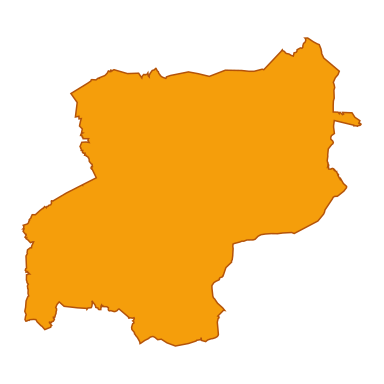 Zitácuaro, Michoacán, Mexico
{"feature_id": "50627088B99906362708440", "entity_name": "Zitácuaro", "entity_type": "district", "adm_level": 2, "iso_a3": "MEX", "parent_name": "Mexico", "parent_adm1": "Michoacán", "projection": "robinson", "projection_center": [-100.356, 19.436], "detail": "fine", "context": "isolated", "style": "filled", "palette": "amber", "viewbox_px": 384, "rotation_deg": 0, "n_neighbors": 0, "source": "geoboundaries", "source_scale": "gbopen_adm2", "svg_char_len": 5833}
<svg xmlns="http://www.w3.org/2000/svg" viewBox="0 0 384 384"><path d="M294.2,233.5L317.9,221.0L323.6,214.1L324.5,212.1L325.0,209.9L332.5,198.7L333.1,197.4L334.6,196.4L337.2,196.3L338.3,195.6L343.9,191.1L346.5,187.7L346.6,186.4L343.4,183.5L340.5,178.5L340.7,179.9L340.2,179.6L340.1,178.3L340.4,178.3L340.3,178.1L339.4,178.1L337.9,175.2L338.5,174.8L338.3,174.3L337.7,174.1L336.6,172.0L336.6,171.6L336.3,171.7L336.0,171.5L334.8,170.2L334.6,170.5L334.0,169.9L334.3,169.5L333.6,169.1L333.6,168.8L332.6,168.4L331.3,168.7L331.2,169.0L330.4,169.2L328.7,169.0L328.4,168.1L328.6,167.8L328.4,167.6L328.5,166.1L329.0,165.2L327.9,166.2L328.3,164.8L329.1,164.3L328.0,164.7L328.0,162.9L327.7,162.8L327.2,160.6L327.8,156.4L327.7,154.8L328.3,148.9L331.6,144.7L332.9,143.7L333.3,142.4L332.7,141.0L330.8,139.2L330.8,137.1L331.5,135.6L334.4,133.5L333.6,127.3L333.6,125.5L334.3,120.5L353.8,125.2L353.8,125.8L356.1,125.8L357.5,126.2L357.7,125.8L360.1,125.3L361.0,124.4L360.8,123.8L360.4,123.5L359.5,123.2L359.3,123.6L358.8,123.2L359.9,120.7L354.9,117.3L352.0,112.8L342.7,112.4L343.6,114.1L342.6,114.7L340.0,112.3L339.4,112.8L339.2,113.6L338.1,112.2L333.2,112.0L333.2,105.5L333.4,100.9L334.2,98.2L333.9,90.1L334.7,87.6L334.1,84.6L333.3,82.3L335.3,77.8L338.0,74.6L339.3,71.2L323.8,58.1L321.6,53.5L321.6,52.1L320.9,48.8L319.2,44.6L317.1,43.8L313.4,41.8L307.7,38.0L305.0,38.1L305.4,38.5L305.8,40.2L305.2,41.9L304.6,42.7L303.6,43.3L302.9,45.6L302.8,47.3L302.4,47.8L301.8,48.3L300.9,47.9L300.1,48.1L297.1,49.7L296.9,51.3L296.2,52.3L294.1,52.8L293.3,56.1L291.2,55.4L289.0,54.0L286.5,53.5L285.4,52.8L284.5,51.5L282.7,50.7L282.3,49.8L281.0,51.5L263.8,69.7L262.2,69.2L254.1,71.3L249.0,71.3L241.6,70.5L225.3,70.2L209.3,76.4L198.2,73.7L188.4,71.9L170.4,75.5L166.4,76.9L166.2,77.9L165.8,78.4L162.4,77.2L160.3,75.6L160.0,74.8L158.8,73.4L158.3,71.7L157.4,71.0L156.0,68.4L155.6,68.4L154.4,69.8L152.2,70.5L150.0,73.6L149.1,75.8L149.2,76.9L148.3,76.0L147.9,72.9L147.0,74.4L145.7,74.5L145.1,74.9L144.0,74.4L143.7,74.5L142.1,76.4L141.8,77.9L138.6,73.2L127.5,73.6L114.0,69.7L112.4,70.5L112.0,71.0L111.7,71.0L111.0,70.1L110.7,70.1L110.5,70.6L110.7,71.6L109.8,71.7L108.6,70.9L108.3,71.0L107.4,72.9L105.4,75.1L104.5,75.7L99.2,77.8L99.3,78.3L97.9,78.3L96.0,79.9L91.7,79.6L91.2,79.9L90.8,81.1L87.7,83.2L70.9,93.5L77.2,102.5L75.4,117.0L78.9,116.3L79.0,118.9L81.3,118.6L80.5,121.3L79.5,126.0L82.3,129.0L81.6,132.5L82.8,132.9L81.6,133.4L81.0,134.1L80.6,135.4L81.8,135.3L82.2,137.2L81.9,137.4L82.8,137.3L83.1,138.7L88.6,138.7L88.1,139.6L88.3,140.2L88.0,140.5L89.1,142.5L85.9,142.0L81.8,142.3L80.0,146.6L80.9,148.0L80.7,148.2L81.6,150.1L81.4,150.4L82.7,150.5L82.4,151.3L82.5,152.3L83.3,152.6L83.3,153.2L85.1,153.2L84.6,155.2L85.9,155.2L86.1,155.9L87.8,156.8L88.4,157.9L88.8,158.2L89.2,159.8L89.2,161.1L89.5,161.7L91.4,164.0L92.1,164.3L92.4,166.6L91.5,166.6L91.7,168.0L91.0,168.1L91.6,169.1L92.2,169.3L96.3,177.8L82.5,184.8L82.6,185.4L81.7,185.2L66.4,193.0L52.9,201.0L51.5,200.8L51.3,201.4L51.5,203.3L50.7,204.8L48.7,205.4L48.0,206.4L46.9,206.5L46.4,207.5L46.2,207.1L45.2,207.1L44.6,206.6L43.2,208.4L42.8,208.3L40.0,210.5L35.4,214.7L32.2,214.7L31.7,215.9L31.3,216.4L31.1,217.6L29.2,219.8L29.5,220.5L29.0,220.9L28.5,222.6L28.1,223.3L27.0,224.1L23.2,225.3L23.9,226.6L23.5,228.5L23.0,228.9L24.0,229.0L23.1,231.3L25.5,234.3L25.9,234.2L26.3,235.1L25.0,237.2L25.5,237.5L26.0,238.4L26.5,238.1L26.3,238.8L27.9,239.9L30.5,242.7L32.3,241.9L33.6,241.9L31.6,246.2L31.5,247.8L30.2,247.8L27.5,249.9L27.1,252.6L27.4,253.5L26.0,256.0L26.5,268.1L25.6,268.9L25.3,270.4L25.9,270.8L26.0,272.2L27.5,271.6L27.5,272.5L28.5,272.7L28.8,273.3L29.5,273.9L28.6,273.9L27.4,274.6L26.5,274.8L26.4,280.0L27.0,281.7L27.0,282.6L28.3,284.2L27.6,285.3L27.4,286.4L27.6,287.0L27.7,288.8L28.2,289.1L28.0,293.4L28.7,296.0L27.7,296.9L26.1,300.9L25.6,307.3L24.8,311.3L26.2,314.8L25.6,316.1L25.0,319.6L25.9,321.2L26.9,321.0L28.2,320.2L29.1,320.4L29.8,319.7L33.7,319.4L35.9,319.6L37.1,321.8L41.1,325.8L42.0,326.3L44.8,329.6L50.7,327.2L50.8,326.2L51.7,325.5L49.4,322.7L49.5,322.1L51.5,322.6L52.0,321.5L53.2,321.3L53.9,320.3L54.4,319.2L53.4,318.1L53.4,317.2L54.6,317.4L54.9,317.0L55.3,315.1L56.0,313.5L56.1,311.7L56.6,310.0L56.5,308.5L55.7,307.6L57.0,304.5L59.2,301.9L64.1,306.3L77.3,307.8L86.6,308.4L86.9,309.4L87.9,308.0L91.1,307.7L91.5,307.2L91.9,306.1L92.3,303.1L91.9,300.8L94.9,304.8L95.4,305.8L95.8,307.4L98.0,308.1L98.3,309.1L99.0,309.6L100.8,309.6L101.0,306.2L101.5,305.1L102.1,306.5L102.8,305.7L103.4,306.6L106.8,306.7L108.4,307.7L108.3,309.5L108.5,310.2L109.0,310.7L109.7,310.9L110.8,310.6L114.1,311.6L114.9,311.6L116.8,310.8L118.5,309.1L119.1,309.0L128.8,317.3L128.6,317.7L128.9,318.2L130.4,317.8L132.6,318.2L134.0,317.7L134.3,318.4L133.8,319.8L133.5,320.4L132.7,320.9L133.7,321.7L133.9,322.7L133.8,323.1L132.6,323.8L132.1,325.6L131.6,327.3L131.9,329.5L134.4,332.5L134.5,333.9L135.1,334.3L135.7,335.5L137.4,337.5L139.3,340.9L139.9,342.3L140.0,343.6L140.5,343.4L145.0,340.3L148.3,338.7L150.3,337.1L152.5,336.5L153.4,336.6L155.1,337.5L157.7,339.7L161.3,339.2L166.9,342.8L175.4,346.0L188.5,343.5L196.1,341.0L196.6,340.3L200.3,339.7L200.8,339.0L201.2,337.6L201.4,340.4L205.7,341.6L207.6,340.0L211.0,338.8L212.7,338.6L215.4,337.7L217.2,336.6L218.0,335.6L218.4,334.5L217.3,322.1L218.1,318.6L218.9,317.9L218.7,317.8L218.8,316.6L217.8,316.1L223.6,310.2L224.7,310.4L222.7,307.9L217.5,303.2L214.6,298.9L213.8,298.2L213.2,297.2L212.8,295.9L212.0,288.6L211.9,285.6L213.9,282.6L216.1,281.2L219.0,279.9L219.4,279.5L219.3,278.8L220.0,277.7L222.3,276.9L222.8,275.9L223.1,275.9L223.2,275.1L223.4,275.0L225.9,267.6L231.6,262.1L231.5,260.8L232.2,259.8L232.7,255.9L233.1,248.5L232.8,246.4L233.0,244.1L234.2,243.5L239.9,242.0L241.8,241.2L243.8,241.2L246.9,240.0L253.1,239.9L255.1,239.3L258.1,236.2L261.0,234.7L265.3,234.0L271.2,233.6L277.6,233.7L282.6,233.0L291.7,232.5L294.2,233.5Z" fill="#f59e0b" stroke="#b45309" stroke-width="1.5"/></svg>